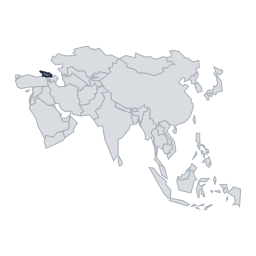 location of Georgia within Asia
{"feature_id": "GEO", "entity_name": "Georgia", "entity_type": "country or territory", "adm_level": 0, "iso_a3": "GEO", "parent_name": "Asia", "parent_adm1": "", "projection": "equal_earth", "projection_center": [43.852, 42.32], "detail": "fine", "context": "in_parent", "style": "filled", "palette": "slate", "viewbox_px": 256, "rotation_deg": 0, "n_neighbors": 45, "source": "natural_earth", "source_scale": "50m", "svg_char_len": 13531}
<svg xmlns="http://www.w3.org/2000/svg" viewBox="0 0 256 256"><path d="M118.9,58.8L116.7,60.5L116.4,63.6L112.9,62.9L112.6,66.8L108.6,68.2L110.9,72.1L110.2,73.9L99.3,71.8L98.4,73.6L94.3,73.1L90.4,77.8L86.9,76.7L85.4,72.5L83.1,70.8L78.2,71.3L71.7,66.7L67.4,68.0L68.0,76.3L64.6,74.0L61.9,75.2L61.8,72.9L57.8,68.9L62.5,67.4L62.3,63.9L55.6,64.9L51.1,60.6L52.8,56.2L54.5,57.5L58.0,53.7L66.2,55.9L75.4,55.5L75.7,54.5L72.9,53.1L75.4,51.1L74.1,49.7L74.7,49.0L86.4,46.3L89.3,46.7L90.2,48.8L94.0,49.0L94.0,50.0L99.1,48.1L105.9,55.4L111.3,55.0L118.9,58.8Z" fill="#d9dde1" stroke="#a8b0b8" stroke-width="1"/><path d="M68.0,76.3L67.4,68.0L71.7,66.7L78.2,71.3L83.1,70.8L85.4,72.5L86.9,76.7L89.8,77.8L94.0,74.1L93.3,75.8L98.2,77.4L96.1,79.0L94.0,78.9L93.9,77.1L91.6,77.7L90.6,80.4L89.1,80.3L90.7,83.7L89.9,86.1L72.4,73.0L70.0,76.3L68.0,76.3Z" fill="#d9dde1" stroke="#a8b0b8" stroke-width="1"/><path d="M240.6,189.2L239.6,206.7L238.1,204.5L233.0,204.8L235.3,201.9L234.2,196.7L225.9,191.7L224.5,193.3L222.6,189.8L226.1,188.2L223.2,188.2L219.8,184.7L226.7,184.3L227.5,189.7L229.5,191.3L233.6,186.8L240.6,189.2ZM207.8,206.1L206.5,209.4L204.5,209.7L205.7,207.2L207.8,206.1ZM226.6,200.7L226.5,198.7L227.4,196.9L227.7,198.9L226.6,200.7ZM194.4,171.1L193.3,173.5L196.8,179.8L194.4,180.1L190.9,193.0L179.2,190.1L176.7,181.1L178.1,176.8L179.9,180.1L186.4,178.9L188.0,178.4L190.4,170.6L194.4,171.1ZM214.4,191.3L219.6,190.5L220.2,192.6L214.4,191.3ZM212.4,192.4L211.0,191.9L210.6,190.8L212.7,190.6L212.4,192.4ZM214.6,176.4L216.1,179.2L215.0,184.6L213.6,179.5L214.6,176.4ZM200.6,178.7L209.2,178.4L206.2,181.6L199.2,181.6L198.9,183.6L200.6,186.0L205.5,183.9L201.8,187.3L204.8,196.6L203.0,196.4L204.0,194.2L201.5,194.5L200.7,189.3L199.3,190.1L199.3,197.1L198.0,197.5L196.3,189.8L198.5,181.8L200.6,178.7ZM199.2,209.0L195.7,207.9L197.6,207.3L199.2,209.0ZM197.8,205.9L202.0,204.9L203.8,204.0L203.5,205.4L197.8,205.9ZM193.9,204.0L196.2,205.6L191.4,206.5L193.9,204.0ZM170.6,198.1L183.6,200.9L189.5,204.7L187.2,205.7L169.2,200.6L170.6,198.1ZM165.7,184.1L171.0,190.5L170.2,197.9L168.0,198.0L163.9,193.6L149.2,167.5L153.6,168.1L160.1,176.6L163.8,178.5L166.5,181.9L165.7,184.1Z" fill="#d9dde1" stroke="#a8b0b8" stroke-width="1"/><path d="M207.9,207.4L209.8,204.9L212.6,204.8L207.9,207.4Z" fill="#d9dde1" stroke="#a8b0b8" stroke-width="1"/><path d="M32.0,95.4L30.3,98.9L30.0,104.7L29.0,100.5L30.6,95.9L32.0,95.4Z" fill="#d9dde1" stroke="#a8b0b8" stroke-width="1"/><path d="M33.5,93.1L30.7,95.9L33.2,92.2L33.5,93.1Z" fill="#d9dde1" stroke="#a8b0b8" stroke-width="1"/><path d="M31.4,97.6L30.2,100.1L30.8,97.2L31.4,97.6Z" fill="#d9dde1" stroke="#a8b0b8" stroke-width="1"/><path d="M31.4,97.6L37.5,95.2L38.1,98.1L34.1,99.7L35.8,102.2L32.2,105.5L30.0,104.7L31.4,97.6Z" fill="#d9dde1" stroke="#a8b0b8" stroke-width="1"/><path d="M61.5,118.0L66.2,118.3L70.4,114.3L68.2,122.5L62.4,121.2L61.5,118.0Z" fill="#d9dde1" stroke="#a8b0b8" stroke-width="1"/><path d="M60.0,116.7L59.9,114.9L60.9,113.3L61.5,115.5L60.0,116.7Z" fill="#d9dde1" stroke="#a8b0b8" stroke-width="1"/><path d="M53.2,103.3L55.3,107.1L51.8,105.7L53.2,103.3Z" fill="#d9dde1" stroke="#a8b0b8" stroke-width="1"/><path d="M38.1,98.1L37.5,95.2L41.6,92.6L42.1,87.9L44.8,85.5L48.4,86.0L50.8,89.6L49.6,93.7L53.2,97.4L55.6,103.7L48.4,105.5L38.1,98.1Z" fill="#d9dde1" stroke="#a8b0b8" stroke-width="1"/><path d="M68.6,122.0L70.7,116.3L77.5,123.0L73.8,128.4L73.7,131.7L64.9,137.8L62.6,131.6L68.4,129.0L69.5,123.8L68.6,122.0ZM70.7,112.8L70.0,113.4L70.5,112.5L70.7,112.8Z" fill="#d9dde1" stroke="#a8b0b8" stroke-width="1"/><path d="M162.8,149.6L163.1,144.2L169.2,145.1L169.9,143.2L172.4,146.0L172.4,149.2L169.3,151.2L170.3,152.8L164.9,153.7L162.8,149.6Z" fill="#d9dde1" stroke="#a8b0b8" stroke-width="1"/><path d="M167.5,144.0L163.1,144.2L162.8,149.6L157.6,146.3L156.6,157.4L162.8,165.5L160.9,166.9L154.6,159.8L156.9,150.3L153.5,141.8L154.6,139.0L151.0,133.1L152.3,129.8L155.7,127.9L158.3,130.4L158.4,135.5L162.4,133.4L165.6,135.7L167.9,140.6L167.5,144.0Z" fill="#d9dde1" stroke="#a8b0b8" stroke-width="1"/><path d="M171.8,144.2L167.5,144.0L167.9,140.6L163.9,133.6L158.4,135.5L158.3,130.4L155.7,127.9L158.7,125.9L158.0,123.0L161.6,127.0L164.0,127.0L165.0,129.3L163.4,130.9L171.1,139.7L171.8,144.2Z" fill="#d9dde1" stroke="#a8b0b8" stroke-width="1"/><path d="M155.7,127.9L152.3,129.8L151.0,133.1L154.6,139.0L153.5,141.8L156.9,150.3L155.2,155.6L154.5,147.1L151.0,137.0L147.8,140.2L145.4,139.4L145.1,133.7L140.3,125.2L143.9,112.1L147.5,110.8L147.4,107.8L150.3,109.7L149.7,118.9L151.6,118.5L153.7,121.4L153.4,123.5L157.2,124.2L155.7,127.9Z" fill="#d9dde1" stroke="#a8b0b8" stroke-width="1"/><path d="M166.6,154.1L170.3,152.8L169.3,151.2L172.4,149.2L171.8,141.6L163.4,130.9L165.0,129.3L164.0,127.0L161.6,127.0L159.0,122.6L164.7,120.3L170.6,125.0L166.9,131.4L174.4,141.4L175.9,150.9L168.5,159.1L166.6,154.1Z" fill="#d9dde1" stroke="#a8b0b8" stroke-width="1"/><path d="M198.0,73.8L197.8,77.3L195.1,79.9L197.5,83.2L191.5,83.8L191.6,80.8L189.1,79.5L190.0,78.0L192.0,75.2L194.7,76.0L193.9,74.8L196.3,72.5L198.0,73.8Z" fill="#d9dde1" stroke="#a8b0b8" stroke-width="1"/><path d="M194.4,84.6L197.6,82.6L201.2,86.9L202.0,91.0L197.8,92.7L195.2,87.1L196.4,86.7L194.4,84.6Z" fill="#d9dde1" stroke="#a8b0b8" stroke-width="1"/><path d="M119.5,58.7L125.9,55.5L134.9,57.8L135.8,53.0L145.2,57.0L150.3,56.6L153.8,58.7L157.6,59.0L162.7,56.7L166.8,57.4L167.3,62.0L170.9,61.3L174.7,63.5L166.0,68.4L163.1,67.8L162.7,69.2L164.1,70.8L162.4,72.8L153.8,75.7L145.9,73.2L138.0,73.1L135.3,69.7L127.2,67.4L126.3,63.8L119.5,58.7Z" fill="#d9dde1" stroke="#a8b0b8" stroke-width="1"/><path d="M147.4,107.8L147.5,110.8L143.9,112.1L140.8,123.7L139.3,119.6L138.7,121.3L137.4,119.9L139.3,116.2L134.5,115.4L131.5,112.4L131.1,114.1L132.6,115.5L131.3,117.4L132.5,118.1L133.6,124.6L130.0,125.1L129.4,128.6L121.8,138.0L118.2,139.7L118.1,154.4L113.7,160.8L104.9,139.5L102.3,125.5L98.2,126.7L93.4,119.4L98.7,117.7L95.3,111.2L97.2,108.5L99.4,108.7L104.8,97.9L101.4,92.9L107.0,92.1L108.5,90.0L110.9,92.9L111.5,99.7L116.3,103.0L114.8,106.5L121.3,110.1L130.6,112.5L131.3,108.3L131.8,110.8L133.7,111.7L138.0,111.4L137.0,109.1L144.6,104.8L145.3,107.5L147.4,107.8Z" fill="#d9dde1" stroke="#a8b0b8" stroke-width="1"/><path d="M139.3,119.6L140.6,127.2L138.2,121.8L136.4,121.7L136.3,124.2L133.8,123.7L131.3,117.4L132.6,115.5L131.1,114.1L131.5,112.4L134.5,115.4L139.3,116.2L137.4,119.9L138.7,121.3L139.3,119.6Z" fill="#d9dde1" stroke="#a8b0b8" stroke-width="1"/><path d="M137.0,109.1L138.0,111.4L131.8,110.8L133.6,107.7L137.0,109.1Z" fill="#d9dde1" stroke="#a8b0b8" stroke-width="1"/><path d="M130.2,108.8L130.6,112.5L129.0,112.5L114.8,106.5L117.0,102.4L125.8,108.0L130.2,108.8Z" fill="#d9dde1" stroke="#a8b0b8" stroke-width="1"/><path d="M108.5,90.0L107.0,92.1L101.4,92.9L104.8,97.9L99.4,108.7L97.2,108.5L95.3,111.2L98.7,117.7L93.4,119.4L89.6,115.0L80.4,115.9L81.0,112.9L83.6,111.6L78.6,103.9L81.8,105.2L88.8,103.8L89.6,100.2L93.9,98.8L97.3,87.6L103.1,86.1L105.4,89.1L108.5,90.0Z" fill="#d9dde1" stroke="#a8b0b8" stroke-width="1"/><path d="M84.4,86.2L92.4,86.1L94.9,82.9L97.3,87.0L99.6,85.2L103.1,86.1L96.4,88.6L97.3,90.8L96.3,93.7L94.5,93.6L95.4,95.2L93.9,98.8L89.6,100.2L88.8,103.8L81.8,105.2L78.6,103.9L80.1,101.7L77.5,96.1L78.3,89.6L81.5,90.2L84.4,86.2Z" fill="#d9dde1" stroke="#a8b0b8" stroke-width="1"/><path d="M89.9,86.1L90.7,83.7L89.1,80.3L93.9,77.1L94.8,78.8L92.2,80.5L99.7,80.7L102.7,85.4L97.3,87.0L94.9,82.9L92.4,86.1L89.9,86.1Z" fill="#d9dde1" stroke="#a8b0b8" stroke-width="1"/><path d="M94.0,74.1L98.4,73.6L99.3,71.8L110.2,73.9L99.7,80.7L92.2,80.5L92.2,79.1L98.2,77.4L93.3,75.8L94.0,74.1Z" fill="#d9dde1" stroke="#a8b0b8" stroke-width="1"/><path d="M61.9,75.2L64.6,74.0L67.1,76.4L70.0,76.3L72.4,73.0L87.4,84.1L87.5,85.6L86.1,84.8L80.2,90.6L78.3,89.6L78.0,87.6L70.9,84.0L64.9,85.9L64.6,81.8L62.4,79.3L62.7,77.3L65.9,77.2L64.0,74.5L62.5,76.7L61.9,75.2Z" fill="#d9dde1" stroke="#a8b0b8" stroke-width="1"/><path d="M55.6,103.7L53.2,97.4L49.6,93.7L50.8,89.6L47.4,84.1L47.2,80.7L50.8,82.3L54.2,80.3L56.4,85.0L59.4,86.7L64.7,86.5L69.6,83.8L78.0,87.6L77.5,96.1L80.1,101.7L78.6,103.9L83.6,111.6L81.0,112.9L80.4,115.9L72.5,114.2L71.6,111.1L65.0,111.5L61.2,108.8L58.4,103.1L55.6,103.7Z" fill="#d9dde1" stroke="#a8b0b8" stroke-width="1"/><path d="M31.8,96.8L33.5,93.1L32.3,90.2L33.9,86.9L44.1,85.9L42.1,87.9L41.6,92.6L33.8,97.8L31.8,96.8Z" fill="#d9dde1" stroke="#a8b0b8" stroke-width="1"/><path d="M51.5,82.2L46.4,78.8L46.3,76.8L49.8,77.5L51.5,82.2Z" fill="#d9dde1" stroke="#a8b0b8" stroke-width="1"/><path d="M48.4,86.0L33.9,86.9L32.8,89.2L32.9,87.3L30.3,86.9L21.1,88.5L17.5,87.2L15.4,80.6L21.1,76.5L28.7,74.7L37.1,77.2L44.6,75.7L48.4,80.0L47.2,80.7L48.4,86.0ZM15.7,75.1L19.1,74.7L20.7,76.4L15.8,79.0L15.7,75.1Z" fill="#d9dde1" stroke="#a8b0b8" stroke-width="1"/><path d="M122.2,162.0L122.0,164.8L119.4,166.2L118.0,160.2L118.7,155.9L122.2,162.0Z" fill="#d9dde1" stroke="#a8b0b8" stroke-width="1"/><path d="M174.6,133.7L172.6,130.6L176.5,128.8L176.2,132.4L174.6,133.7ZM99.7,80.7L110.9,72.1L108.6,68.2L112.6,66.8L112.9,62.9L116.4,63.6L116.7,60.5L119.5,58.7L126.3,63.8L127.2,67.4L135.3,69.7L138.0,73.1L145.9,73.2L153.8,75.7L160.6,73.6L164.1,70.8L162.7,69.2L163.1,67.8L166.0,68.4L171.1,64.3L174.9,64.3L170.9,61.3L166.5,61.1L166.8,57.4L170.9,56.9L171.3,53.1L169.6,51.5L172.2,50.2L178.8,51.4L185.1,57.7L188.3,58.4L192.8,61.9L198.8,60.4L199.3,67.7L196.0,68.1L198.0,73.8L196.3,72.5L193.9,74.8L194.7,76.0L192.0,75.2L189.1,79.5L184.3,81.9L185.0,78.4L183.6,77.2L178.2,82.3L183.3,86.0L184.7,84.4L187.8,85.3L188.6,86.6L184.0,91.4L191.4,99.3L190.9,101.8L193.0,103.9L193.3,107.9L189.6,117.3L185.2,121.8L176.0,125.4L175.7,128.1L174.7,128.3L174.2,125.4L168.6,124.3L167.6,121.8L164.7,120.3L158.0,123.0L158.7,125.9L153.4,123.5L153.7,121.4L151.6,118.5L149.7,118.9L150.3,109.7L148.5,107.6L145.3,107.5L144.6,104.8L138.5,108.8L133.6,107.7L131.7,110.3L131.3,108.3L125.8,108.0L111.5,99.7L110.9,92.9L105.4,89.1L99.7,80.7Z" fill="#d9dde1" stroke="#a8b0b8" stroke-width="1"/><path d="M194.6,115.3L195.4,121.8L194.9,123.9L192.9,119.8L194.6,115.3Z" fill="#d9dde1" stroke="#a8b0b8" stroke-width="1"/><path d="M51.2,75.1L53.7,76.7L55.0,75.2L58.3,78.8L56.9,78.9L55.8,83.3L54.2,80.3L51.5,82.2L49.9,79.6L48.7,76.5L51.4,76.9L51.2,75.1ZM50.8,82.3L49.6,82.0L48.4,80.0L50.1,80.6L50.8,82.3Z" fill="#d9dde1" stroke="#a8b0b8" stroke-width="1"/><path d="M199.7,149.5L197.4,146.2L199.9,147.2L199.7,149.5ZM203.9,158.0L203.3,153.0L204.3,154.7L205.5,152.1L203.9,158.0ZM208.5,156.0L211.2,162.9L210.7,165.4L209.8,162.6L209.0,164.0L209.2,167.2L206.8,165.7L205.3,161.2L202.1,162.9L204.9,158.9L208.8,158.1L208.5,156.0ZM197.0,153.9L192.4,159.8L196.4,151.7L197.0,153.9ZM199.7,133.6L199.9,143.9L204.5,145.3L205.1,148.6L202.5,145.9L197.9,145.1L198.4,143.4L196.0,141.0L196.4,132.9L199.7,133.6ZM201.6,154.2L201.0,150.4L203.5,151.2L201.6,154.2ZM208.0,149.6L208.9,152.6L207.3,151.9L207.2,155.0L205.5,148.6L208.0,149.6Z" fill="#d9dde1" stroke="#a8b0b8" stroke-width="1"/><path d="M158.7,164.8L164.5,167.4L167.3,178.7L161.6,174.8L158.7,164.8ZM194.4,171.1L190.4,170.6L188.0,178.4L179.9,180.1L178.5,178.6L178.1,176.8L181.1,177.2L181.5,175.0L184.7,173.9L187.0,170.1L189.3,170.6L191.8,163.6L196.8,167.7L194.4,171.1Z" fill="#d9dde1" stroke="#a8b0b8" stroke-width="1"/><path d="M189.4,167.6L189.3,170.6L188.0,171.4L187.0,170.1L189.4,167.6Z" fill="#d9dde1" stroke="#a8b0b8" stroke-width="1"/><path d="M221.1,81.3L222.3,90.9L217.2,92.2L215.6,94.9L213.3,92.2L206.4,93.9L208.9,95.7L209.0,99.9L207.0,100.0L206.7,97.7L204.0,95.4L208.1,90.2L213.6,89.9L213.8,85.7L215.5,86.8L217.7,83.5L216.2,76.6L217.8,76.2L221.1,81.3ZM220.5,70.3L221.2,69.4L222.9,71.9L220.3,74.8L216.8,73.2L217.1,75.7L215.1,75.7L213.8,73.5L215.6,71.6L214.0,66.8L220.5,70.3ZM209.3,94.9L211.4,92.8L213.4,94.1L211.2,96.8L209.3,94.9Z" fill="#d9dde1" stroke="#a8b0b8" stroke-width="1"/><path d="M62.6,131.6L64.9,137.8L63.1,140.5L46.0,148.4L44.3,141.5L45.8,135.3L52.9,137.0L57.0,132.6L62.6,131.6Z" fill="#d9dde1" stroke="#a8b0b8" stroke-width="1"/><path d="M30.1,105.1L34.9,103.5L35.8,102.2L34.1,99.7L38.1,98.1L48.4,105.5L53.5,106.0L58.7,111.8L62.4,121.2L68.6,122.0L69.5,123.8L68.4,129.0L57.0,132.6L52.9,137.0L45.8,135.3L44.7,138.6L37.7,125.6L36.5,119.5L29.4,108.3L30.1,105.1Z" fill="#d9dde1" stroke="#a8b0b8" stroke-width="1"/><path d="M29.9,89.6L26.9,92.2L25.6,91.0L29.9,89.6Z" fill="#d9dde1" stroke="#a8b0b8" stroke-width="1"/><path d="M46.0,76.8L46.0,76.7L45.9,76.6L45.7,76.6L45.5,76.4L45.4,76.2L45.1,76.0L44.9,75.9L44.9,75.7L44.7,75.7L44.5,75.8L44.4,76.0L44.1,76.0L44.0,75.9L43.9,75.9L43.6,75.9L43.4,75.9L43.2,76.0L42.8,75.9L42.7,75.9L43.0,75.4L43.1,75.2L43.1,74.8L42.9,74.4L42.8,73.8L42.6,73.2L42.0,72.9L41.9,72.6L41.5,72.3L41.0,72.2L40.9,72.1L40.4,71.8L40.1,71.5L40.1,71.4L40.2,71.2L40.4,71.2L40.7,71.2L41.0,71.3L41.5,71.4L41.7,71.5L42.0,71.6L42.4,71.7L42.6,71.8L42.8,72.0L43.6,72.0L43.8,72.0L44.0,72.0L44.3,72.0L44.5,72.1L44.9,72.1L45.1,72.2L45.3,72.3L45.4,72.5L45.9,72.7L46.2,72.8L46.4,72.9L46.6,73.0L46.6,73.3L46.9,73.5L47.0,73.4L47.4,73.3L47.6,73.1L47.9,73.0L48.0,73.0L48.4,73.3L48.5,73.0L48.9,73.2L49.0,73.2L49.1,73.3L49.4,73.5L49.7,73.5L49.9,73.6L50.0,73.6L50.0,73.9L49.9,74.2L49.9,74.3L50.0,74.4L50.2,74.5L50.3,74.6L50.6,74.7L50.8,74.8L51.0,74.8L51.2,75.0L51.3,75.0L51.2,75.1L51.0,75.3L50.9,75.3L50.8,75.5L51.0,75.7L51.1,75.9L51.2,76.0L51.4,76.1L51.6,76.3L51.7,76.5L51.5,76.8L51.3,76.9L51.2,76.8L51.0,76.7L50.8,76.6L50.7,76.6L50.4,76.6L50.2,76.5L50.0,76.4L49.5,76.1L49.3,76.0L49.1,76.1L48.8,76.4L48.7,76.4L48.4,76.4L48.4,76.5L48.5,76.5L48.0,76.6L47.8,76.6L47.4,76.6L47.2,76.6L46.9,76.7L46.7,76.7L46.4,76.8L46.1,76.8L46.0,76.8Z" fill="#64748b" stroke="#1e293b" stroke-width="1.5"/></svg>